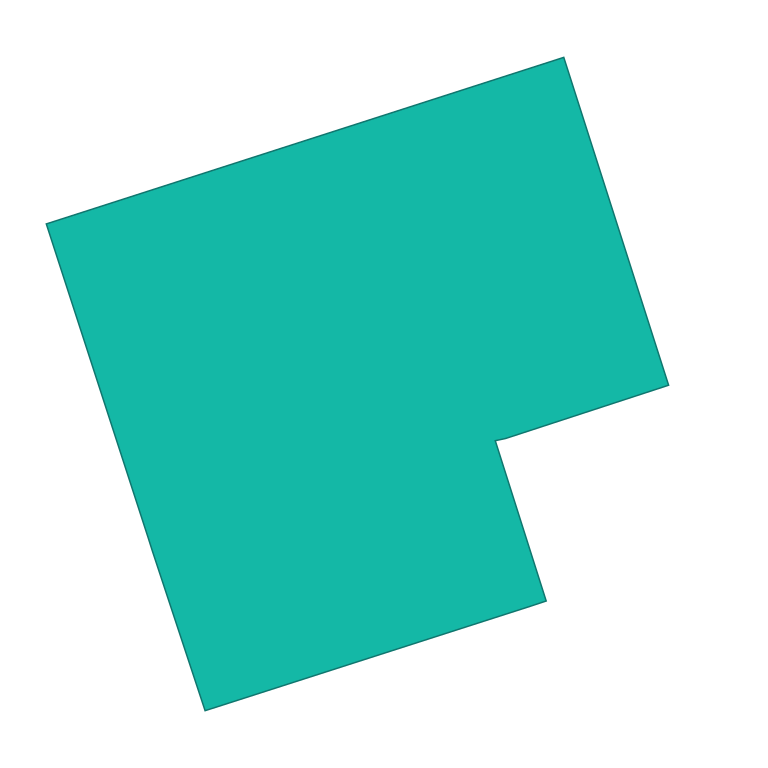 Stark, Illinois, United States of America, rotated 162°
{"feature_id": "52423323B24463330848727", "entity_name": "Stark", "entity_type": "district", "adm_level": 2, "iso_a3": "USA", "parent_name": "United States of America", "parent_adm1": "Illinois", "projection": "natural_earth1", "projection_center": [-89.816, 41.104], "detail": "fine", "context": "isolated", "style": "filled", "palette": "teal", "viewbox_px": 768, "rotation_deg": 162, "n_neighbors": 0, "source": "geoboundaries", "source_scale": "gbopen_adm2", "svg_char_len": 303}
<svg xmlns="http://www.w3.org/2000/svg" viewBox="0 0 768 768"><g transform="rotate(162 384 384)"><path d="M113.7,294.9L112.1,639.1L655.7,640.6L655.8,310.7L655.9,296.4L655.1,128.6L312.3,127.4L296.8,127.5L295.7,295.7L285.2,294.6L113.7,294.9Z" fill="#14b8a6" stroke="#0f766e" stroke-width="1.5"/></g></svg>